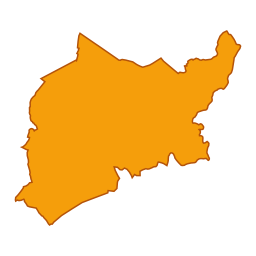 the district of Sasca Montana, Caras-Severin, Romania
{"feature_id": "2599482B70616136080188", "entity_name": "Sasca Montana", "entity_type": "district", "adm_level": 2, "iso_a3": "ROU", "parent_name": "Romania", "parent_adm1": "Caras-Severin", "projection": "mercator", "projection_center": [21.728, 44.889], "detail": "fine", "context": "isolated", "style": "filled", "palette": "amber", "viewbox_px": 256, "rotation_deg": 0, "n_neighbors": 0, "source": "geoboundaries", "source_scale": "gbopen_adm2", "svg_char_len": 5661}
<svg xmlns="http://www.w3.org/2000/svg" viewBox="0 0 256 256"><path d="M52.3,224.1L53.8,222.1L61.6,215.5L71.9,208.9L82.2,202.5L95.0,197.6L107.8,192.8L108.1,190.6L114.0,191.3L116.9,188.5L117.4,182.5L117.7,181.1L119.5,178.4L117.8,175.6L115.2,170.4L114.2,166.9L117.5,167.3L120.0,169.7L122.1,169.9L124.5,168.1L127.1,169.3L129.4,172.1L131.3,175.4L132.2,177.7L134.6,174.5L136.6,175.6L140.1,175.6L140.0,171.3L142.7,169.8L145.8,168.7L147.7,169.1L149.1,168.9L152.2,167.6L153.7,166.8L155.9,166.6L156.2,166.3L156.5,166.0L156.8,165.7L157.0,165.4L157.2,165.0L157.6,163.4L158.2,162.1L159.1,162.1L160.3,162.5L161.6,162.8L163.7,163.6L166.9,165.6L167.9,162.2L168.2,160.7L168.3,158.4L168.5,156.1L168.9,155.6L169.3,155.0L169.6,154.4L169.8,153.8L170.8,152.9L171.9,152.9L172.0,153.0L172.8,153.4L173.3,153.9L173.5,154.1L173.7,154.6L174.3,155.8L174.7,157.0L175.0,158.1L176.5,160.2L178.1,162.1L179.0,163.1L181.2,165.3L182.3,165.5L184.3,165.3L185.1,164.8L185.8,164.4L186.6,164.1L187.4,163.8L190.9,163.0L194.3,162.7L195.4,162.4L196.0,161.9L196.4,161.3L196.9,160.7L197.2,160.1L199.0,158.9L200.3,158.6L201.9,158.6L203.6,158.8L205.0,158.5L206.4,158.5L207.9,160.1L208.6,160.3L209.0,159.7L209.3,159.1L209.3,158.1L208.8,157.4L208.0,155.2L207.0,153.2L206.9,152.0L207.0,151.0L207.7,147.5L208.6,145.8L208.7,145.5L208.8,144.5L208.9,143.5L208.6,142.9L208.1,142.4L207.6,141.9L207.1,141.5L205.0,142.9L203.5,143.1L202.9,142.1L202.7,140.7L202.8,139.6L202.9,138.5L202.8,137.1L202.7,136.9L202.5,136.6L202.3,136.4L202.0,136.2L201.7,136.0L201.1,135.8L200.6,135.7L200.0,135.7L199.5,135.7L199.4,134.6L199.8,134.0L200.1,133.4L200.3,132.6L200.4,131.9L200.2,131.0L200.2,130.9L199.7,130.2L199.1,129.5L199.5,129.4L200.1,129.4L200.4,129.5L201.0,129.6L202.9,129.3L203.6,127.8L203.5,126.5L201.9,124.4L200.8,123.8L200.2,124.0L199.7,124.2L199.2,124.5L198.8,124.8L198.0,124.3L197.1,123.8L196.3,123.5L195.4,123.2L194.8,123.0L194.2,123.0L193.7,123.1L193.1,123.2L192.4,122.0L192.5,120.5L192.8,119.0L193.6,117.8L194.8,117.2L196.5,114.8L196.9,113.6L197.4,112.6L198.2,112.0L199.2,111.6L200.5,111.2L201.9,110.7L203.8,110.2L205.7,110.0L206.7,109.5L207.5,108.0L208.0,105.6L209.3,103.8L210.7,102.5L211.9,101.2L212.2,100.0L211.8,97.3L212.7,95.4L213.2,92.8L214.5,91.4L215.7,90.6L217.1,90.1L218.1,89.1L220.1,88.4L221.8,88.4L223.2,89.2L224.3,88.6L226.8,85.3L228.2,82.7L228.1,81.0L227.9,80.3L227.7,79.6L227.6,78.9L227.6,78.1L228.6,75.3L229.3,74.7L230.1,74.0L230.8,73.3L231.4,72.6L232.4,69.5L233.9,60.0L234.2,57.6L235.1,56.4L237.7,51.6L239.9,48.5L240.6,46.1L239.7,44.9L238.9,44.7L237.0,44.5L236.2,44.0L235.7,42.8L235.2,41.6L234.6,40.5L234.0,39.3L232.6,37.2L231.1,35.1L230.9,34.9L230.2,34.5L229.1,34.5L228.6,34.0L227.4,31.9L226.8,31.0L226.0,31.3L223.2,32.7L220.1,36.1L218.0,41.0L217.5,42.8L217.8,43.6L218.0,44.5L217.7,45.3L217.0,46.5L216.0,48.9L216.0,49.9L217.4,52.9L217.5,53.6L217.5,54.1L217.3,54.6L216.9,55.3L216.4,55.9L215.9,56.2L213.5,57.2L211.8,58.8L210.8,59.3L205.3,60.0L203.1,59.5L201.3,60.2L201.2,60.1L200.3,60.1L199.7,59.9L198.0,58.8L197.4,58.7L196.3,58.3L195.6,58.5L195.4,58.7L194.5,59.3L193.9,59.3L193.3,59.9L193.0,60.0L192.6,59.7L192.1,59.2L190.6,59.5L190.0,59.8L189.7,60.0L188.2,60.9L187.8,61.4L187.9,62.1L188.0,62.9L187.6,63.4L187.2,63.8L186.8,64.0L186.5,64.2L186.8,65.0L186.8,65.4L186.7,66.0L186.4,65.9L185.9,65.8L184.8,65.8L184.5,66.0L184.7,66.4L185.2,67.3L185.2,67.8L185.4,69.1L185.5,69.5L185.8,70.3L186.0,70.6L186.1,70.9L185.8,71.5L185.4,72.1L184.5,72.5L183.9,72.7L183.1,72.8L181.4,72.5L180.9,72.6L180.1,72.2L179.2,72.6L178.7,73.2L178.2,73.5L175.2,71.0L163.5,61.2L161.0,58.1L152.5,63.5L149.6,65.1L142.8,67.2L140.1,66.2L137.6,65.0L136.4,64.3L135.2,63.5L134.0,62.7L132.8,61.9L125.8,60.1L122.2,59.5L121.0,59.8L120.7,60.0L120.4,60.3L119.6,60.2L118.5,60.0L117.9,59.4L98.1,45.7L95.4,43.9L80.0,33.3L78.9,35.8L78.1,41.3L77.5,47.8L79.0,48.3L78.4,49.9L78.4,50.6L77.7,51.8L77.4,52.5L76.9,53.5L78.0,54.2L77.6,56.5L76.9,58.9L77.0,58.9L76.5,60.7L75.9,60.2L49.2,74.3L41.0,78.6L44.9,81.7L37.9,90.4L37.5,90.6L36.5,91.9L36.2,92.2L35.9,92.6L35.7,93.1L35.6,93.4L35.6,93.5L35.4,94.3L35.2,94.6L35.1,95.1L34.7,95.7L34.4,95.9L33.5,96.6L32.8,97.3L32.6,97.5L32.3,97.9L31.8,98.5L31.3,99.1L30.8,100.3L30.4,101.5L30.2,102.4L30.1,102.9L30.2,104.1L30.2,105.8L30.2,106.8L29.9,107.0L29.7,107.1L29.5,107.5L29.5,108.0L29.5,108.5L29.6,109.0L29.5,109.9L29.6,110.5L29.6,111.2L29.5,111.9L29.4,112.7L29.4,112.8L29.7,114.1L30.1,114.7L30.4,115.3L30.4,115.7L30.5,116.0L30.4,116.3L30.3,116.8L30.2,117.0L30.3,117.4L30.3,118.1L30.5,119.0L30.8,120.2L31.2,120.9L32.4,121.7L32.5,121.9L32.8,122.7L32.9,122.8L33.1,122.9L33.7,123.0L33.8,123.1L34.2,123.8L34.7,124.6L35.5,125.0L35.9,125.4L36.6,126.5L36.7,127.1L37.2,128.4L37.4,129.0L36.9,129.3L36.5,129.5L35.0,130.3L34.4,130.7L34.2,130.9L34.0,130.7L33.9,129.8L33.8,129.6L33.4,129.3L32.8,129.2L32.5,128.9L32.1,128.7L31.7,128.6L31.2,128.7L30.5,128.9L29.8,129.4L29.3,129.9L29.1,130.2L29.1,130.5L29.1,130.9L29.2,132.5L28.9,132.8L28.8,133.2L28.0,135.4L27.8,136.2L27.6,137.1L29.5,137.5L29.4,138.2L29.0,139.3L28.6,140.3L27.8,141.3L26.8,142.7L26.5,143.3L25.7,144.5L23.6,146.3L22.8,146.9L22.4,147.0L21.8,147.2L26.3,149.5L28.1,150.0L27.2,152.6L27.3,155.8L28.4,159.9L28.5,162.5L27.9,164.2L29.7,170.4L30.1,172.9L29.7,174.3L30.5,176.2L31.0,179.0L31.3,179.8L31.6,180.6L31.8,181.5L32.0,182.3L29.6,182.8L28.0,184.7L26.0,186.0L23.5,186.7L23.2,188.2L22.8,188.7L20.7,191.6L18.4,194.5L17.8,195.2L15.7,197.4L15.4,200.0L15.7,201.1L17.2,200.1L19.0,200.6L21.1,200.3L23.8,199.2L24.3,199.9L24.5,201.5L25.3,202.5L26.1,203.6L26.8,204.8L27.5,206.0L29.5,206.8L36.2,208.1L37.7,210.5L39.0,212.9L40.4,214.3L41.7,215.8L42.9,216.2L44.0,217.8L46.5,220.5L48.5,223.9L49.6,225.0L50.9,224.1L52.3,224.1Z" fill="#f59e0b" stroke="#b45309" stroke-width="1.5"/></svg>